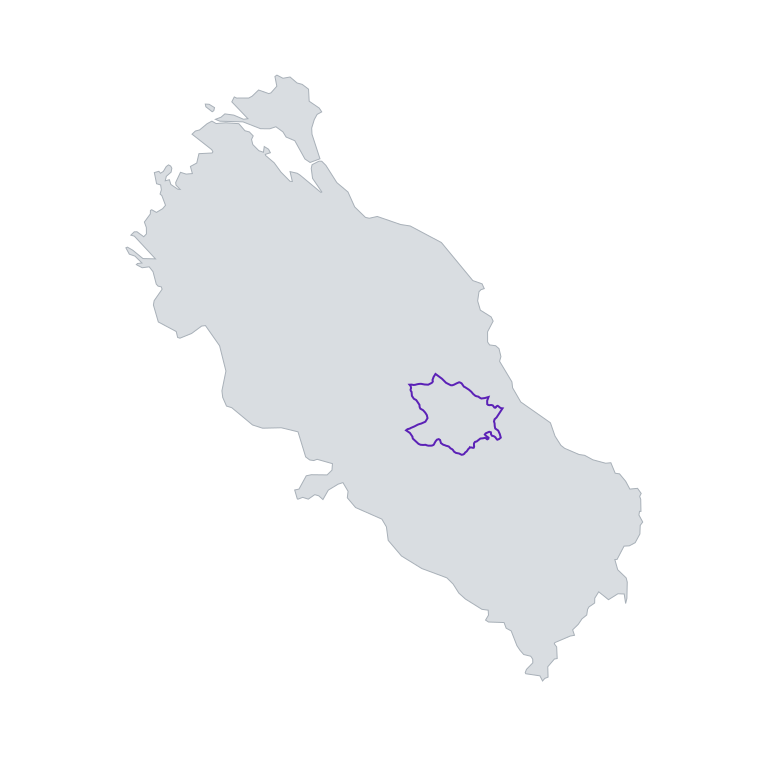 Turkey, with Sivas highlighted, rotated 48°
{"feature_id": "TUR-2295", "entity_name": "Sivas", "entity_type": "Province", "adm_level": 1, "iso_a3": "TUR", "parent_name": "Turkey", "parent_adm1": "", "projection": "equal_earth", "projection_center": [37.51, 39.556], "detail": "fine", "context": "in_parent", "style": "outline", "palette": "violet", "viewbox_px": 768, "rotation_deg": 48, "n_neighbors": 0, "source": "natural_earth", "source_scale": "10m", "svg_char_len": 5730}
<svg xmlns="http://www.w3.org/2000/svg" viewBox="0 0 768 768"><g transform="rotate(48 384 384)"><path d="M594.3,268.1L605.0,271.9L608.4,269.1L618.0,269.5L626.6,271.6L631.2,265.4L637.4,266.1L638.6,269.2L641.5,270.4L650.6,278.3L649.6,279.3L651.9,282.2L659.7,284.1L660.5,288.2L666.7,294.2L670.0,303.5L668.4,310.0L665.1,314.1L670.3,328.1L668.9,329.9L678.4,334.6L690.2,333.8L694.0,335.8L705.8,346.9L708.8,351.3L700.8,346.0L696.4,350.5L694.5,361.5L682.1,363.5L684.2,370.7L687.7,374.0L686.8,380.8L687.7,383.5L691.3,387.9L691.0,394.0L692.6,400.5L692.9,408.3L698.2,410.6L695.9,414.3L690.5,430.0L691.0,431.3L694.9,431.6L703.9,439.0L702.4,441.4L703.7,451.5L711.6,458.2L710.4,461.5L710.8,464.9L705.2,463.4L694.2,472.5L693.0,472.2L691.4,469.1L690.8,460.0L688.0,457.6L684.5,457.1L678.5,461.2L672.9,461.1L667.4,460.3L652.6,454.7L647.2,456.6L641.6,454.4L630.8,465.6L627.4,466.5L625.7,461.0L621.8,457.9L617.0,462.0L598.2,467.4L589.5,468.3L578.9,466.5L570.1,467.0L546.4,479.4L523.5,486.1L503.0,485.5L491.8,477.8L483.0,476.0L456.8,487.8L444.0,487.4L439.7,482.5L429.8,480.5L427.7,485.2L425.6,496.4L429.0,506.7L423.4,507.3L419.9,509.5L418.9,517.3L413.8,520.3L412.0,525.1L411.1,525.2L403.0,521.3L405.2,517.5L400.2,503.2L402.8,498.7L413.5,487.1L413.2,480.3L408.7,475.6L395.2,484.1L393.9,487.4L390.8,490.0L385.8,491.0L362.0,479.9L347.8,489.6L335.6,503.8L326.5,509.1L299.7,513.0L295.0,515.8L286.0,512.8L280.6,509.0L268.6,492.8L245.6,480.6L221.1,477.6L218.9,480.8L217.7,493.2L213.4,505.0L211.3,506.2L206.0,503.3L186.9,510.2L171.0,502.5L168.3,499.1L165.1,485.5L162.8,484.5L160.1,486.4L157.4,486.4L146.0,480.5L139.8,480.1L135.8,485.9L129.6,488.2L129.5,486.6L132.1,482.9L122.3,483.5L117.1,486.4L110.1,484.7L110.6,483.1L116.4,481.2L129.5,479.2L138.1,470.1L107.1,470.6L104.0,472.5L103.8,467.8L105.6,465.7L113.8,464.0L113.5,460.1L108.7,455.9L103.3,453.7L101.3,443.9L98.7,441.4L99.1,440.0L104.2,438.3L105.6,431.2L105.0,426.8L95.3,423.0L93.0,423.3L90.7,419.5L86.6,416.8L83.0,419.0L73.2,413.2L75.3,409.0L77.8,409.1L78.4,405.8L76.7,400.3L77.0,397.5L79.3,396.7L81.7,397.3L84.1,400.5L84.0,406.8L86.6,410.6L88.6,406.8L93.1,408.9L101.3,406.9L103.0,405.3L97.0,405.5L94.9,404.0L90.5,393.6L95.6,390.6L99.4,385.6L92.8,382.3L94.5,375.3L89.0,367.4L97.3,357.2L97.0,355.8L94.6,355.2L69.9,359.5L69.8,354.9L71.8,351.0L72.2,341.3L73.5,336.0L78.1,334.5L84.0,326.8L93.4,317.7L102.7,317.9L106.6,315.4L112.1,315.2L113.6,318.8L118.3,321.3L126.9,320.9L131.1,318.5L127.4,314.1L132.3,312.7L136.1,313.7L133.9,318.6L135.0,319.1L146.1,317.6L157.7,318.8L170.5,318.2L172.2,316.6L163.3,311.7L169.3,307.5L172.6,306.6L199.5,302.7L199.7,301.7L183.4,299.5L175.1,293.8L172.9,290.7L174.9,283.2L176.8,281.2L182.7,280.9L202.8,284.3L217.2,282.3L232.8,287.3L247.8,286.3L251.0,284.0L255.0,276.9L276.5,265.0L284.1,258.8L317.3,246.7L366.6,248.8L375.2,244.1L380.2,245.7L378.8,248.8L379.0,251.7L384.9,258.8L393.6,263.0L405.8,259.5L410.3,260.8L414.5,272.1L422.1,278.9L425.6,279.4L430.3,275.4L434.7,274.9L441.9,278.8L444.4,282.9L468.0,287.5L472.9,291.0L488.9,294.4L524.2,286.3L537.2,291.8L548.0,293.6L552.7,292.8L566.8,286.3L571.3,282.6L580.1,279.5L591.2,272.3L594.3,268.1ZM140.1,248.2L138.9,253.3L140.8,258.8L145.4,266.5L150.2,270.4L173.8,280.9L169.9,290.7L163.9,292.2L143.5,287.5L135.0,291.5L129.0,290.4L120.5,292.2L117.9,298.1L111.7,304.9L94.8,313.4L78.9,330.1L74.5,332.2L76.7,326.5L76.8,321.5L83.7,315.7L93.2,311.3L95.8,307.6L72.5,308.3L70.5,303.2L72.9,302.2L81.0,293.1L81.9,289.4L81.6,280.5L91.1,275.3L92.0,273.2L91.0,264.4L82.5,259.3L82.8,256.9L89.2,254.5L93.0,248.4L102.1,247.2L106.6,244.3L114.4,242.8L123.8,250.4L135.6,247.5L140.1,248.2ZM66.7,329.5L58.8,330.9L56.4,329.5L59.1,326.8L65.2,325.0L67.0,327.6L66.7,329.5Z" fill="#d9dde1" stroke="#a8b0b8" stroke-width="1"/><path d="M475.4,317.7L476.1,317.2L476.2,316.4L475.9,316.0L476.0,314.7L476.3,314.1L477.7,313.8L479.3,313.6L480.4,313.1L481.4,312.2L484.2,322.8L484.2,325.4L485.4,327.3L487.3,328.2L489.4,329.9L491.5,331.1L495.0,330.3L498.6,331.4L502.0,333.1L501.9,335.4L501.2,337.1L499.6,337.1L498.1,336.9L496.3,337.3L494.7,338.4L493.0,338.1L491.4,336.9L489.9,337.8L488.7,341.5L489.0,342.9L491.3,342.8L493.8,342.2L494.5,343.1L494.2,344.3L493.5,344.5L492.8,344.4L491.5,345.1L490.7,346.6L489.0,348.9L488.7,353.6L487.9,355.1L488.3,356.8L489.5,358.0L490.6,358.7L491.4,359.8L491.1,360.5L489.9,361.3L489.5,361.7L489.2,362.1L488.9,362.4L488.5,362.5L488.7,363.0L488.7,363.8L488.8,365.3L489.2,366.6L489.4,367.9L489.3,368.7L489.2,369.6L489.4,370.3L489.6,371.0L489.3,372.5L488.5,373.7L485.9,374.7L483.4,376.6L481.2,377.2L478.9,376.9L477.7,377.1L476.5,377.6L473.8,377.7L472.6,378.4L471.4,379.2L470.1,379.8L468.8,380.6L466.0,381.2L463.1,379.8L461.6,380.2L460.8,381.9L461.1,384.0L461.8,386.1L462.2,387.0L462.4,388.0L461.8,389.7L459.4,392.4L457.9,393.4L457.1,393.7L455.4,395.8L453.6,397.5L451.6,398.4L443.9,399.1L443.0,398.7L442.2,398.1L437.7,397.5L433.2,398.6L433.3,396.8L434.1,395.2L434.4,394.6L434.5,393.8L435.9,389.7L436.8,386.1L437.5,384.4L438.3,382.8L439.7,378.5L438.5,374.5L435.8,373.0L432.8,372.5L429.6,372.5L426.6,373.5L424.9,372.9L423.2,371.6L417.5,370.8L414.9,371.7L411.5,371.2L408.3,368.8L407.2,368.7L406.1,368.2L405.8,367.8L405.3,366.9L405.0,366.5L403.4,365.6L401.6,365.5L402.9,363.9L404.5,362.7L405.5,361.3L406.4,359.5L407.4,357.9L408.6,356.4L411.6,354.1L414.1,351.6L415.1,347.9L415.1,346.9L414.7,345.9L413.5,345.3L411.9,342.3L411.0,339.0L418.9,337.4L424.6,337.1L429.6,335.2L430.7,334.0L431.4,332.3L432.1,329.6L433.0,327.0L434.2,326.3L435.5,325.9L439.4,326.4L440.6,325.9L445.1,324.7L448.2,324.3L451.1,324.4L454.0,324.0L455.2,323.3L456.4,322.4L456.9,322.2L457.4,322.2L458.6,321.9L459.9,321.4L461.9,318.5L463.6,315.0L465.5,318.6L468.1,320.8L469.3,320.6L470.3,319.8L471.3,318.4L472.6,317.5L475.4,317.7Z" fill="none" stroke="#5b21b6" stroke-width="2"/></g></svg>